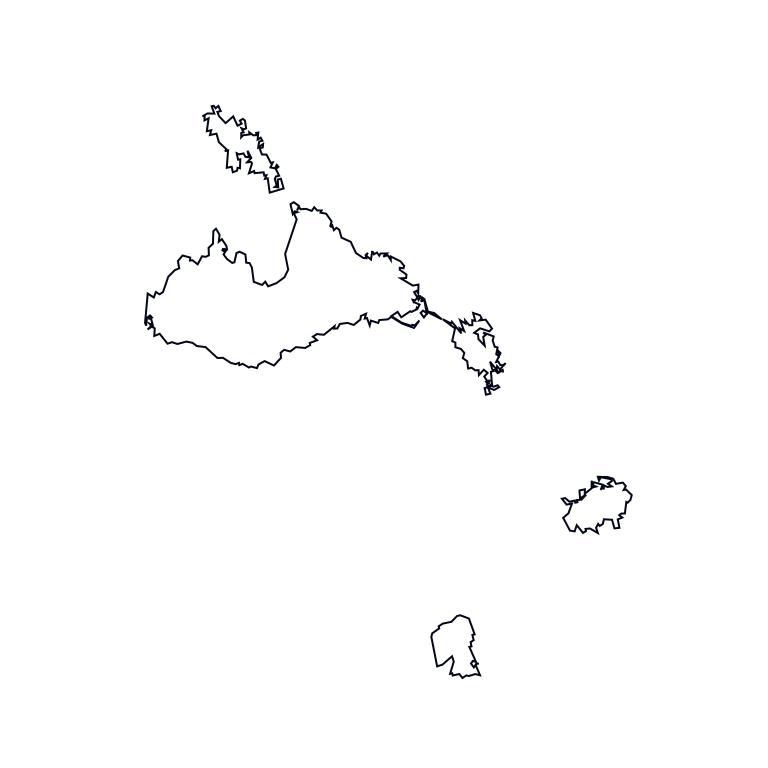 Sandøy nor, Norway (Albers equal-area conic projection), rotated 80°
{"feature_id": "86288312B66077972443640", "entity_name": "Sandøy nor", "entity_type": "district", "adm_level": 2, "iso_a3": "NOR", "parent_name": "Norway", "parent_adm1": "", "projection": "albers", "projection_center": [6.483, 62.776], "detail": "fine", "context": "isolated", "style": "outline", "palette": "ink", "viewbox_px": 768, "rotation_deg": 80, "n_neighbors": 0, "source": "geoboundaries", "source_scale": "gbopen_adm2", "svg_char_len": 6152}
<svg xmlns="http://www.w3.org/2000/svg" viewBox="0 0 768 768"><g transform="rotate(80 384 384)"><path d="M320.9,328.4L330.4,315.8L322.8,322.3L320.3,328.2L307.3,329.5L303.7,333.2L303.3,336.6L298.8,338.4L297.9,335.7L300.8,334.6L292.1,332.8L292.1,338.5L282.8,349.3L283.5,343.8L280.1,342.9L274.3,348.6L272.3,348.3L273.4,344.6L271.1,343.7L266.1,346.4L259.6,355.2L263.1,355.8L257.9,357.9L258.4,362.6L255.9,358.5L254.9,364.7L256.8,366.4L253.3,368.1L254.5,371.4L252.9,371.7L253.7,373.3L250.8,372.4L259.2,375.2L254.4,379.3L252.1,377.1L253.8,379.7L257.1,379.5L256.3,382.5L250.1,388.9L238.2,392.1L232.5,400.4L224.3,401.3L221.9,403.7L223.8,406.6L218.8,407.4L219.9,408.8L219.0,409.4L214.8,407.4L206.2,411.4L204.3,416.7L202.3,415.3L201.5,419.7L197.8,422.0L201.0,425.1L198.0,430.3L197.4,435.8L195.0,437.0L198.1,439.6L193.9,436.8L189.3,441.3L190.7,444.9L200.8,444.3L198.4,441.9L199.7,439.6L200.2,443.2L206.7,441.4L238.8,458.8L254.8,458.5L261.6,463.5L266.0,472.4L267.7,481.1L262.6,483.2L265.3,486.8L260.8,494.5L246.3,493.9L241.6,495.4L240.6,498.6L232.4,498.0L228.7,503.2L229.4,506.5L238.2,510.2L238.4,512.5L233.5,517.0L228.5,519.5L224.5,515.8L225.8,518.1L224.2,519.9L223.0,519.1L224.2,515.2L220.5,515.3L213.2,518.5L215.2,522.0L208.4,520.0L201.9,522.5L203.8,525.5L216.2,528.1L219.4,533.1L226.9,534.1L227.8,537.5L226.6,541.0L233.8,546.7L228.8,551.2L228.8,553.6L225.8,552.9L222.5,560.1L227.1,565.6L234.6,565.6L235.5,570.2L241.0,577.9L255.1,585.7L256.7,589.4L253.8,592.7L258.8,595.7L253.9,601.0L282.3,608.7L285.2,608.1L277.5,605.9L275.9,602.4L278.2,601.0L278.6,604.8L279.5,602.0L285.8,601.5L283.9,604.4L286.6,603.1L289.3,607.4L287.2,602.7L289.4,600.1L296.8,601.9L295.6,596.2L306.7,590.2L306.0,585.6L308.7,580.5L307.9,571.3L310.2,565.4L314.1,561.7L316.7,553.3L329.4,543.6L330.3,538.0L336.7,531.1L338.7,526.6L338.0,523.2L340.3,523.2L339.6,519.8L344.3,514.1L343.7,511.9L346.3,506.4L343.0,504.2L340.7,497.6L346.7,489.2L340.4,480.9L335.3,480.4L333.0,476.4L335.7,470.7L332.4,464.4L334.8,455.4L332.9,449.9L330.7,450.0L329.3,442.3L325.0,445.8L323.2,441.4L325.1,434.6L318.5,422.7L320.8,423.7L321.2,420.3L317.2,417.1L317.5,409.3L320.6,403.6L316.4,396.0L313.0,395.0L311.7,389.5L316.2,391.6L316.1,389.3L323.9,387.9L319.3,385.9L322.9,379.1L320.2,377.5L321.0,369.2L319.2,365.1L327.7,355.6L334.0,344.7L327.6,338.1L331.6,343.5L330.6,345.9L331.7,346.7L326.6,356.1L318.4,365.0L315.3,358.1L321.3,355.4L316.9,345.5L317.8,344.4L316.3,339.3L314.6,338.5L315.6,337.9L312.0,335.2L308.6,340.1L309.7,340.1L306.0,341.2L306.9,338.9L304.7,335.9L307.2,335.4L305.5,333.9L307.3,330.6L309.0,333.6L308.7,329.7L321.6,329.7L318.5,332.8L320.4,335.6L325.4,333.1L320.9,328.4ZM153.4,453.2L151.8,450.3L149.6,451.5L152.7,454.0L151.0,458.2L146.4,455.0L146.5,457.2L137.7,459.8L136.8,464.3L130.2,465.7L130.0,462.3L126.7,461.4L129.1,466.8L123.5,464.8L123.3,461.5L120.0,462.7L121.3,466.0L114.5,464.1L114.6,466.3L116.8,466.2L116.4,469.6L112.7,473.0L114.9,473.0L114.6,479.6L116.3,481.8L111.9,480.9L111.8,478.6L107.4,479.9L108.9,477.6L108.3,475.4L100.5,475.2L98.4,476.9L99.6,480.2L102.9,479.0L104.2,483.4L94.3,486.0L99.6,494.7L91.5,500.0L87.1,500.8L86.9,497.4L81.4,498.8L83.2,502.0L80.5,503.3L80.6,505.5L88.3,504.1L86.9,510.8L88.8,516.3L88.7,514.1L93.2,515.0L91.9,510.6L104.3,514.6L104.1,510.1L108.6,512.2L108.4,505.5L117.2,504.6L125.9,498.1L127.1,500.3L126.9,497.0L143.8,501.3L143.6,496.3L149.2,496.1L148.4,491.7L145.6,490.7L146.6,488.4L137.7,486.5L137.7,488.8L131.1,489.0L132.7,486.7L132.5,482.3L136.3,481.0L137.3,477.6L130.6,477.9L138.3,475.4L141.9,480.3L142.3,476.3L143.9,475.7L153.0,480.4L151.7,474.9L153.9,474.8L154.6,465.8L158.0,465.7L157.9,463.5L161.3,465.6L161.2,462.8L175.7,463.3L174.0,448.9L164.0,449.9L164.2,453.2L172.0,454.0L171.0,457.4L169.8,455.2L163.2,456.0L160.9,454.4L160.7,451.1L153.4,453.2ZM540.9,161.4L536.4,159.3L529.9,164.0L530.0,166.3L526.5,163.6L522.6,165.9L522.6,172.9L517.1,174.7L514.5,180.0L512.5,189.5L516.4,189.0L513.5,186.6L517.2,176.9L519.1,176.4L521.1,180.8L524.4,177.5L524.2,181.8L522.2,184.9L525.2,185.8L524.4,187.6L526.0,189.0L521.1,186.2L517.2,194.4L519.6,196.2L521.8,193.0L522.2,197.2L515.2,196.2L522.8,197.7L527.0,205.4L522.6,204.4L522.8,210.0L530.6,210.8L528.1,204.2L532.2,209.6L531.8,214.1L534.0,214.0L534.1,216.2L531.9,216.3L532.1,221.9L527.8,225.4L527.9,228.7L534.5,225.1L534.3,219.6L543.4,224.8L546.9,230.8L560.7,226.3L562.2,221.8L556.5,218.7L565.2,213.9L563.9,210.6L561.7,210.7L562.1,206.2L567.9,199.3L562.4,200.1L559.0,197.4L561.2,196.2L559.9,192.9L555.4,190.9L557.3,183.0L566.2,182.1L566.5,177.1L557.9,177.3L556.9,172.5L554.0,175.1L552.8,172.7L553.4,169.3L542.2,165.8L543.2,164.6L540.9,161.4ZM646.3,338.2L629.7,341.1L625.0,349.1L625.2,352.4L629.9,358.9L630.2,367.8L632.1,372.2L634.3,372.1L637.9,379.8L641.3,381.3L671.3,380.7L670.5,375.1L664.0,364.3L669.5,363.5L680.9,369.2L680.8,367.0L683.0,366.9L682.7,360.2L687.1,357.8L685.3,353.4L686.3,351.1L685.5,344.5L687.5,340.0L677.0,342.5L675.5,340.9L676.1,339.2L675.0,341.3L678.7,344.7L674.4,346.9L672.1,344.5L673.7,341.7L657.7,345.6L657.6,343.4L653.2,343.5L651.9,340.2L646.4,340.5L646.3,338.2ZM389.7,267.4L384.6,260.5L386.1,263.5L385.5,266.2L381.8,267.5L381.8,269.7L373.8,263.9L371.4,265.6L376.4,266.1L374.2,268.3L367.7,265.8L366.5,268.5L360.1,269.4L356.2,267.7L350.5,277.3L353.3,275.4L354.8,278.1L363.8,278.2L356.2,283.2L351.5,282.8L349.3,286.3L345.9,279.7L350.5,271.0L348.2,268.0L338.3,272.7L338.0,278.9L336.3,276.4L333.0,277.5L329.5,283.9L337.7,283.1L336.5,286.0L341.4,286.8L341.0,289.7L335.5,293.0L338.7,293.2L334.4,298.0L345.7,295.9L342.3,299.7L347.6,299.1L334.4,306.4L336.0,307.5L330.4,314.9L341.6,304.4L353.6,309.4L355.6,306.5L360.2,307.3L362.8,302.2L367.3,299.5L372.2,301.9L376.0,298.1L383.4,298.5L383.2,294.9L386.5,291.6L386.7,288.5L391.7,289.0L387.3,283.2L391.1,280.0L394.0,284.0L398.7,282.0L399.1,278.5L399.7,283.0L401.2,281.9L400.9,279.4L402.2,282.7L404.3,282.1L403.4,278.9L404.6,278.3L405.5,285.6L412.2,285.4L412.0,280.9L405.4,282.3L409.0,276.6L407.1,271.1L405.0,272.3L405.7,276.7L404.7,277.8L390.6,276.6L390.0,272.2L393.0,270.1L392.7,268.6L391.5,267.2L392.3,264.7L390.7,264.7L392.1,270.2L390.1,270.3L388.9,274.7L380.4,275.7L389.3,270.7L386.0,269.5L389.7,267.4Z" fill="none" stroke="#020617" stroke-width="2"/></g></svg>